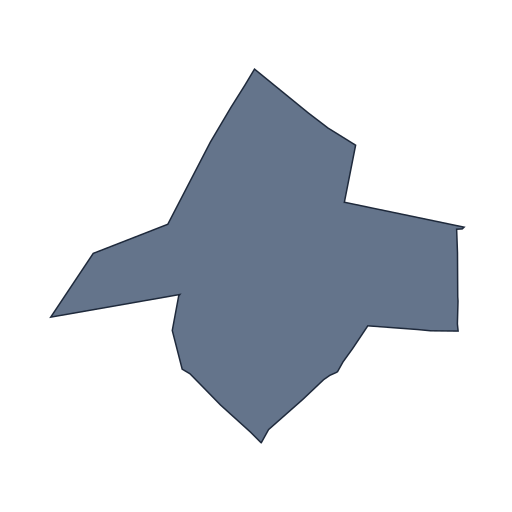 outline of Plumtree, Matabeleland South, Zimbabwe, rotated 175°
{"feature_id": "62879985B2376154175895", "entity_name": "Plumtree", "entity_type": "district", "adm_level": 2, "iso_a3": "ZWE", "parent_name": "Zimbabwe", "parent_adm1": "Matabeleland South", "projection": "albers", "projection_center": [27.803, -20.508], "detail": "fine", "context": "isolated", "style": "filled", "palette": "slate", "viewbox_px": 512, "rotation_deg": 175, "n_neighbors": 0, "source": "geoboundaries", "source_scale": "gbopen_adm2", "svg_char_len": 730}
<svg xmlns="http://www.w3.org/2000/svg" viewBox="0 0 512 512"><g transform="rotate(175 256 256)"><path d="M46.2,266.6L136.6,293.8L163.1,301.8L163.3,301.8L147.1,357.7L173.4,377.4L174.2,378.2L191.4,393.9L241.2,442.3L252.2,427.1L267.9,406.4L291.5,373.5L341.1,295.3L417.9,272.8L465.8,213.0L335.2,224.3L336.5,222.9L345.9,189.1L339.4,149.7L332.0,144.4L304.2,110.5L276.8,81.0L267.7,70.1L267.4,69.8L267.3,69.7L266.8,70.2L266.7,70.0L258.6,82.0L222.1,108.9L199.3,127.0L194.2,129.9L192.8,130.7L186.4,132.9L184.9,133.6L178.5,143.0L167.8,155.4L163.7,160.5L150.7,176.7L101.0,168.6L88.7,166.3L61.2,163.6L61.3,170.8L58.7,193.5L58.6,197.8L55.0,241.6L53.8,265.2L48.2,265.0L46.2,266.6Z" fill="#64748b" stroke="#1e293b" stroke-width="1.5"/></g></svg>